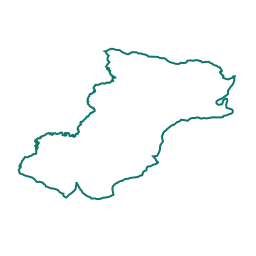 Litjotjela, Leribe, Lesotho (Albers equal-area conic projection), rotated 100°
{"feature_id": "5366337B63854375495217", "entity_name": "Litjotjela", "entity_type": "district", "adm_level": 2, "iso_a3": "LSO", "parent_name": "Lesotho", "parent_adm1": "Leribe", "projection": "albers", "projection_center": [28.008, -28.934], "detail": "fine", "context": "isolated", "style": "outline", "palette": "teal", "viewbox_px": 256, "rotation_deg": 100, "n_neighbors": 0, "source": "geoboundaries", "source_scale": "gbopen_adm2", "svg_char_len": 5814}
<svg xmlns="http://www.w3.org/2000/svg" viewBox="0 0 256 256"><g transform="rotate(100 128 128)"><path d="M188.6,228.4L189.9,227.4L191.5,226.8L192.0,223.3L192.5,222.2L192.8,220.5L193.4,213.7L195.1,210.4L196.2,209.5L196.8,208.7L196.9,207.5L196.4,206.4L196.3,205.0L196.6,203.0L196.9,201.9L197.8,201.2L198.2,199.9L199.8,198.7L199.9,197.3L200.7,194.4L200.7,189.4L201.1,186.8L201.9,185.4L202.9,184.4L203.9,182.0L203.9,180.2L205.0,180.2L206.1,179.6L206.9,178.0L207.2,176.9L206.2,175.9L204.4,174.8L201.8,172.2L198.4,169.5L196.5,169.0L192.7,169.0L190.4,169.4L196.8,164.3L198.0,162.7L199.6,161.5L201.9,157.0L202.5,155.0L202.7,153.1L203.8,152.0L203.1,148.0L203.4,145.9L202.5,142.7L201.2,140.9L199.6,135.7L198.2,133.3L197.5,132.6L196.3,130.7L192.3,132.3L190.6,132.8L188.7,132.9L187.1,132.2L185.3,130.9L181.7,126.4L180.9,124.3L179.2,122.7L178.7,121.6L177.8,118.6L177.0,117.6L176.6,116.5L174.5,109.7L173.9,109.1L172.7,107.6L172.6,106.8L172.1,106.5L171.9,105.8L171.1,105.9L170.4,105.5L168.9,105.5L167.2,104.0L166.9,103.0L166.4,102.6L164.0,102.6L162.6,102.1L162.3,100.5L161.7,99.3L161.0,98.2L159.8,96.9L159.0,94.9L158.3,93.9L157.6,93.7L157.6,92.9L156.9,92.5L156.1,93.0L155.2,94.7L154.1,95.2L153.4,95.9L151.5,98.3L150.9,95.6L150.3,94.4L146.3,93.1L143.2,92.8L140.9,93.2L139.5,93.2L135.1,91.2L132.6,92.5L131.2,92.7L130.4,93.2L128.6,92.8L128.1,92.3L126.9,92.6L125.7,91.7L125.0,91.6L124.5,91.1L124.3,90.4L122.8,89.7L121.9,89.0L118.3,85.8L117.0,84.2L117.2,83.7L116.9,83.4L115.2,81.9L114.0,81.1L113.4,80.1L113.4,79.6L112.7,79.0L111.9,77.7L110.6,77.2L110.4,72.3L110.6,70.7L110.4,70.3L109.2,69.5L108.0,68.3L107.0,66.7L106.5,63.8L105.7,61.9L105.4,60.1L105.9,59.2L106.0,57.2L105.2,55.7L104.7,51.4L103.8,49.5L102.7,45.9L101.6,39.3L100.9,36.5L100.1,36.4L99.7,36.2L98.2,32.7L96.8,30.7L95.9,28.8L95.0,27.9L94.3,27.6L93.1,27.7L92.1,28.3L91.6,29.5L91.3,31.5L91.2,34.0L90.5,34.6L88.6,35.3L86.5,35.3L83.9,34.9L82.0,35.7L82.0,36.5L82.3,37.1L83.7,38.5L84.4,38.9L87.9,39.4L88.3,39.7L88.5,40.5L89.3,42.1L89.3,43.5L88.4,45.0L87.5,45.4L86.9,45.4L86.3,45.2L85.4,44.5L84.6,43.7L82.7,40.7L77.5,35.6L76.8,35.3L75.3,35.9L74.2,35.9L72.8,35.5L68.6,33.5L68.1,33.0L65.9,32.1L62.5,31.6L59.5,32.1L58.5,31.8L58.6,32.6L58.9,33.2L59.5,33.6L59.9,33.5L60.7,34.2L61.1,35.3L61.8,36.2L62.6,37.6L62.8,38.2L62.2,42.9L61.7,43.3L60.7,42.9L60.2,43.1L59.8,43.5L59.5,44.5L57.3,47.0L56.8,47.1L56.4,46.7L56.5,46.3L56.2,45.7L55.6,45.4L55.0,45.7L52.5,47.9L52.3,49.7L51.4,51.4L51.2,52.3L51.2,53.7L51.0,54.5L50.0,56.4L49.6,58.6L48.8,59.7L49.6,63.8L50.4,65.8L50.3,66.7L49.4,67.8L49.6,69.4L49.1,70.2L49.5,73.7L50.0,74.1L50.3,74.7L50.5,75.5L50.5,77.7L51.3,80.9L51.8,81.4L53.3,82.0L53.8,82.8L54.5,85.1L54.6,87.7L55.7,88.3L56.1,89.2L56.5,91.7L55.9,97.8L55.0,100.6L53.4,102.9L53.0,104.4L53.5,107.3L53.3,108.0L53.4,109.1L52.8,111.2L54.1,120.2L54.0,120.6L53.1,121.6L53.1,122.7L52.6,124.3L52.8,125.9L52.5,127.1L52.4,128.4L52.8,130.6L52.0,132.7L52.0,133.1L52.7,137.5L54.1,138.6L54.3,139.5L55.5,140.7L55.1,143.3L54.4,146.3L53.8,147.6L53.7,148.3L52.8,149.6L52.7,150.7L53.2,152.6L52.7,156.6L52.8,157.6L53.2,159.0L55.8,162.4L56.5,164.0L56.8,163.2L58.7,161.9L60.1,159.6L61.7,160.2L64.1,160.2L65.3,159.3L66.2,157.8L69.4,159.4L71.5,160.2L72.4,159.2L72.2,157.6L72.6,156.9L73.2,157.0L73.1,158.2L73.3,158.6L73.7,158.6L74.2,157.3L75.1,156.5L74.7,155.8L74.7,155.5L75.2,155.3L76.3,155.7L77.2,155.4L77.5,154.8L79.0,153.7L78.9,152.9L80.0,152.1L80.7,152.0L80.7,151.5L79.8,151.3L79.7,150.9L80.6,149.4L80.8,149.7L80.8,150.4L81.9,151.6L82.8,151.6L84.2,150.8L84.5,151.1L84.3,152.3L85.2,152.4L86.2,153.8L86.8,154.1L86.9,156.6L87.2,157.2L87.6,157.3L88.1,157.9L88.4,159.5L88.4,160.8L89.2,162.8L90.5,164.3L91.1,167.4L91.6,167.7L92.2,167.7L92.7,168.2L93.7,168.7L94.3,169.0L94.7,168.9L96.1,167.3L97.1,166.9L97.5,168.0L97.8,168.0L97.9,167.2L98.3,167.1L98.5,167.2L98.4,167.7L98.8,168.4L99.8,169.0L100.6,169.7L101.1,171.2L101.4,171.3L102.3,171.7L102.9,171.5L104.2,172.2L106.8,172.8L107.3,172.4L108.1,172.5L108.6,171.9L108.8,172.3L109.4,172.5L110.3,171.8L111.5,171.4L111.5,170.8L111.8,170.5L112.6,169.8L113.3,169.4L113.7,167.9L114.4,166.0L114.2,165.5L114.4,165.3L115.3,165.0L115.3,164.4L115.8,164.0L117.2,163.8L118.0,164.7L118.4,165.6L119.5,166.3L119.6,167.4L123.8,169.4L123.9,169.7L123.7,170.3L124.0,170.6L125.9,171.2L127.1,172.5L128.7,173.2L129.3,174.0L130.0,174.5L130.2,175.5L131.4,175.8L132.6,174.8L133.8,176.1L135.8,177.3L137.1,177.5L137.8,176.9L138.3,177.2L138.7,176.7L139.8,176.0L140.0,175.6L140.3,175.6L141.3,176.3L142.6,176.5L142.5,177.7L142.8,178.2L145.2,178.5L146.0,179.4L146.1,180.2L145.8,180.7L145.2,180.7L144.6,180.2L144.3,180.7L144.5,181.6L145.9,182.9L146.0,184.0L145.8,184.2L144.5,184.6L143.8,185.0L143.4,185.8L143.3,186.3L143.7,187.6L143.7,188.8L144.2,189.3L144.6,189.2L145.6,187.4L146.3,188.0L146.5,189.3L146.2,191.3L144.8,191.6L144.2,192.0L144.0,192.5L144.2,193.3L145.2,194.6L146.3,196.7L146.2,197.7L145.7,198.6L146.2,199.6L146.1,200.5L146.9,201.0L147.5,200.9L147.8,201.2L147.9,201.8L147.7,202.0L146.8,201.9L146.4,202.9L146.8,203.3L147.6,203.5L147.7,203.8L146.7,205.0L146.7,205.4L148.1,207.5L149.4,208.4L150.7,210.6L151.3,211.2L151.6,212.3L152.2,212.7L152.9,212.3L153.5,212.9L153.8,215.0L154.4,215.5L155.2,215.6L155.4,215.8L155.5,216.7L155.8,217.0L157.2,217.3L157.6,216.3L157.6,215.8L157.8,215.7L158.3,215.9L158.6,215.6L158.9,214.8L158.8,214.3L158.2,214.1L157.5,214.2L157.8,213.5L158.3,213.2L159.4,213.6L159.8,214.5L159.7,215.0L160.0,215.3L160.3,215.2L160.8,214.2L161.4,214.1L162.1,214.2L162.1,214.5L161.7,214.8L161.2,215.6L161.6,216.2L162.2,216.0L163.1,214.5L162.7,214.1L162.8,213.6L163.6,213.8L164.3,215.0L164.6,215.1L165.1,214.8L165.2,214.3L165.7,214.5L169.1,213.9L169.9,215.2L170.1,216.5L172.4,218.7L173.1,220.5L174.0,221.3L174.5,223.1L174.5,224.4L179.4,226.7L181.6,227.0L182.6,227.9L184.5,228.2L184.2,227.0L185.4,226.8L187.3,227.9L188.6,228.4Z" fill="none" stroke="#0f766e" stroke-width="2"/></g></svg>